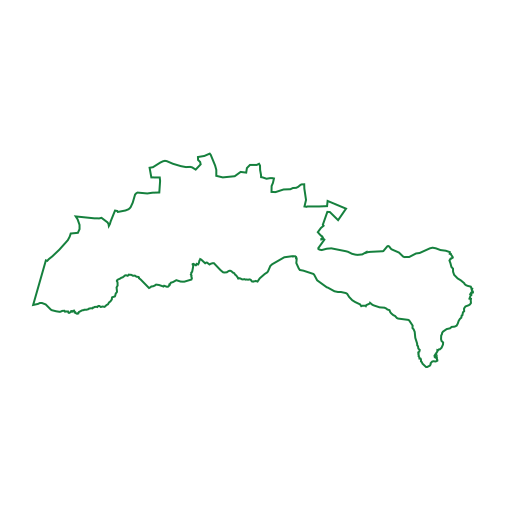 outline of Buenavista, Sucre, Colombia, rotated 94°
{"feature_id": "7082276B40450557639680", "entity_name": "Buenavista", "entity_type": "district", "adm_level": 2, "iso_a3": "COL", "parent_name": "Colombia", "parent_adm1": "Sucre", "projection": "robinson", "projection_center": [-74.939, 9.327], "detail": "fine", "context": "isolated", "style": "outline", "palette": "green", "viewbox_px": 512, "rotation_deg": 94, "n_neighbors": 0, "source": "geoboundaries", "source_scale": "gbopen_adm2", "svg_char_len": 6020}
<svg xmlns="http://www.w3.org/2000/svg" viewBox="0 0 512 512"><g transform="rotate(94 256 256)"><path d="M238.6,62.9L237.5,67.1L237.2,72.4L235.8,77.1L235.4,80.4L236.2,83.0L241.6,93.0L242.3,96.5L246.3,103.1L246.7,108.0L246.3,109.2L242.6,113.6L240.0,120.9L239.4,121.9L237.2,123.8L236.8,124.9L237.2,125.7L242.2,129.3L242.4,129.9L243.9,142.3L244.4,144.9L245.0,146.2L244.4,146.2L247.0,150.1L247.8,154.8L247.7,157.0L247.1,160.4L245.4,164.5L245.0,166.5L243.1,181.4L243.8,185.9L245.5,190.9L245.2,193.1L244.7,194.2L243.8,194.4L235.2,189.1L234.9,189.4L234.7,189.2L234.1,190.2L234.9,192.0L234.5,192.1L233.3,190.4L232.2,191.1L232.3,191.2L230.0,193.9L227.9,196.0L223.5,193.2L221.1,190.7L220.1,191.5L207.0,187.9L207.0,185.4L214.5,176.6L202.5,169.5L196.1,188.4L201.3,188.6L202.2,196.7L203.0,208.3L203.4,208.9L203.2,211.1L196.6,210.0L185.3,212.5L181.1,212.9L181.4,215.5L181.9,216.5L184.1,218.8L185.2,220.7L185.6,223.9L187.0,226.4L187.7,233.1L190.9,241.0L191.0,245.0L185.1,245.3L181.9,244.2L177.4,243.5L177.2,245.1L177.3,247.2L178.2,250.9L177.1,255.0L177.0,256.4L174.6,256.7L169.9,257.9L165.6,258.3L163.8,259.4L165.1,261.6L165.6,268.4L168.9,271.2L173.5,271.6L173.2,277.2L177.9,282.8L179.9,294.6L178.8,301.2L172.9,301.6L168.6,303.1L158.3,308.2L157.1,309.3L159.8,314.5L161.3,320.8L164.2,320.5L166.1,318.3L168.4,317.6L174.0,322.2L172.0,326.0L171.7,327.9L172.2,332.1L171.6,337.2L169.8,345.3L167.6,351.6L167.4,353.5L168.0,355.4L169.4,357.9L174.6,365.0L175.4,368.3L184.9,365.9L184.4,357.5L187.8,356.9L199.4,356.9L200.1,363.8L201.2,368.8L201.0,378.6L201.7,379.7L203.1,380.9L211.4,382.7L216.1,384.5L217.4,385.5L218.3,386.5L219.7,389.4L221.7,396.9L220.8,397.5L220.5,399.8L231.6,403.4L234.3,404.0L236.3,404.9L234.3,405.4L232.8,406.5L228.7,412.8L229.4,414.9L229.7,419.8L229.1,438.6L231.9,436.5L237.3,434.2L241.5,433.9L245.3,435.3L246.5,442.4L249.7,443.2L253.3,444.8L263.5,452.7L270.6,459.2L273.6,462.5L275.4,463.9L275.0,465.3L320.4,474.9L319.0,470.1L318.0,468.4L317.8,466.3L319.0,462.4L323.8,456.9L324.3,455.9L325.1,451.4L325.4,448.0L325.2,447.1L324.3,445.5L324.0,443.3L324.9,442.6L324.5,441.5L324.6,440.7L324.4,439.7L325.7,439.0L325.8,438.5L325.1,437.3L324.5,436.8L324.4,435.9L323.8,436.1L323.8,435.0L323.5,434.6L323.8,434.4L323.4,433.6L324.0,433.5L324.5,432.6L325.1,432.8L326.1,430.5L325.8,429.5L325.4,429.6L325.2,429.1L324.3,428.8L322.3,425.6L322.0,424.0L321.6,423.6L321.4,421.3L320.7,419.4L320.1,418.9L319.6,416.7L319.7,415.6L318.9,415.1L318.9,414.5L318.1,413.5L317.8,411.6L318.0,410.7L317.0,410.0L316.8,409.5L316.8,408.7L317.7,407.3L317.1,405.5L317.3,403.5L315.3,401.6L314.5,400.3L312.6,399.4L311.5,398.1L309.4,396.8L307.9,396.8L307.2,396.6L306.2,394.0L305.5,393.7L303.2,393.3L301.8,392.3L301.0,392.2L297.1,392.9L295.1,392.0L291.9,392.3L290.6,393.1L290.1,393.0L289.3,392.3L287.9,389.8L287.1,388.9L286.6,387.5L284.4,385.1L284.3,384.1L284.7,382.7L284.2,382.0L283.5,381.7L283.5,379.1L284.3,377.3L284.0,375.5L285.0,373.8L285.1,371.7L285.7,371.2L286.3,371.2L287.5,369.4L295.4,360.5L294.6,359.2L293.7,358.3L293.4,356.6L292.5,354.8L291.7,354.1L291.5,353.4L291.7,350.7L292.9,346.2L292.1,345.6L292.9,342.8L292.8,341.7L291.2,340.2L290.6,340.5L290.2,340.4L289.9,339.7L288.6,339.1L287.8,337.0L285.7,333.8L286.8,329.2L286.6,325.7L284.0,318.8L282.6,318.4L281.1,319.1L280.3,318.9L279.1,319.7L278.4,319.3L277.1,319.4L276.2,318.6L272.3,318.1L269.9,317.9L269.0,318.6L268.5,318.6L268.2,317.9L269.5,315.3L269.0,314.8L268.0,314.6L268.4,313.1L266.9,312.5L264.4,312.1L263.6,311.5L263.0,311.4L263.4,310.4L266.8,306.2L266.0,305.1L266.0,304.4L267.7,301.8L266.8,300.4L266.2,298.7L266.1,297.5L272.5,290.5L274.5,287.8L274.7,286.6L274.3,284.0L273.0,282.4L272.5,281.1L272.6,280.2L273.1,279.2L274.2,277.9L274.4,277.0L274.8,276.4L275.9,275.7L276.8,274.4L278.9,272.6L279.7,272.3L279.7,271.7L279.3,271.4L279.5,270.0L280.2,268.5L280.3,267.5L279.9,265.9L280.3,264.9L280.1,264.1L280.2,262.1L279.8,260.9L279.9,260.2L280.4,259.3L281.6,258.4L281.8,257.0L281.4,256.4L281.3,255.2L280.9,254.5L281.4,252.7L278.0,250.7L273.3,246.0L271.5,243.6L270.3,242.9L264.9,241.0L263.1,239.3L255.3,227.7L253.8,220.5L253.6,219.2L253.9,219.1L253.5,217.0L254.1,216.0L255.3,215.9L255.2,215.5L256.0,215.2L260.2,215.3L265.4,212.5L266.9,211.3L267.3,207.8L269.9,197.5L270.6,196.7L276.0,193.3L282.3,183.2L282.5,182.2L285.7,175.3L286.2,171.7L286.0,168.6L286.7,163.8L287.4,162.4L290.4,160.2L293.4,156.9L295.0,153.9L297.0,148.8L298.7,147.5L298.2,146.4L298.0,143.2L298.3,142.9L297.2,142.4L296.0,140.1L295.3,139.0L294.8,138.9L296.6,136.4L297.2,134.6L298.6,129.1L298.6,124.3L299.3,122.4L300.2,121.2L300.7,119.1L302.7,118.1L303.7,117.2L305.3,115.1L306.2,113.0L308.0,111.2L308.5,109.9L309.1,99.7L309.6,98.7L314.5,94.9L316.9,94.9L318.2,93.6L320.6,92.4L326.5,91.4L332.0,89.2L334.0,88.9L334.7,88.1L337.0,87.6L338.3,86.1L340.0,86.4L340.8,87.4L342.1,87.2L342.4,86.9L342.9,87.1L344.2,86.6L344.6,86.8L346.0,85.8L346.9,85.8L347.0,84.6L348.3,84.1L349.6,84.1L350.3,83.2L351.8,82.4L354.9,78.6L354.8,77.5L353.2,74.9L352.1,74.3L350.8,74.3L349.1,73.0L348.6,71.8L348.7,69.4L347.8,67.8L347.1,67.8L346.5,68.3L344.6,68.5L344.6,69.3L344.9,69.9L344.5,70.4L344.2,70.2L344.4,69.7L343.5,69.2L343.7,70.8L343.1,71.0L341.8,70.3L342.0,69.9L341.5,69.8L341.3,69.3L340.4,69.5L338.8,68.5L337.2,68.5L337.4,67.8L336.5,67.2L336.3,66.1L334.6,64.5L331.3,63.3L329.2,63.3L327.8,65.0L326.0,65.6L322.4,65.7L321.1,65.1L319.6,64.9L318.4,64.2L315.6,60.7L314.6,57.4L313.1,55.9L312.6,52.9L311.5,51.0L309.3,50.0L306.6,49.3L304.5,48.2L303.2,46.9L301.1,46.7L300.7,46.0L297.7,45.6L296.6,44.5L294.1,44.8L293.3,44.5L291.7,43.5L290.3,40.4L289.4,39.2L287.9,38.3L285.2,38.7L282.8,38.5L284.0,39.1L283.7,40.1L279.9,39.0L279.9,38.5L279.5,38.5L279.1,39.6L277.7,38.9L278.0,38.1L276.9,37.7L277.0,37.1L276.4,37.2L276.5,37.8L274.2,38.6L274.0,38.1L273.5,38.0L273.3,38.8L271.6,39.6L271.0,42.9L270.5,44.4L269.6,45.8L268.6,46.4L266.0,50.0L264.3,53.3L261.0,57.0L258.0,58.3L254.9,58.6L253.3,60.3L249.7,61.5L247.0,62.7L245.4,61.9L245.5,61.6L244.7,61.1L244.5,60.4L243.9,59.6L243.2,59.8L240.8,61.7L240.3,61.8L240.3,62.9L238.6,62.9Z" fill="none" stroke="#15803d" stroke-width="2"/></g></svg>